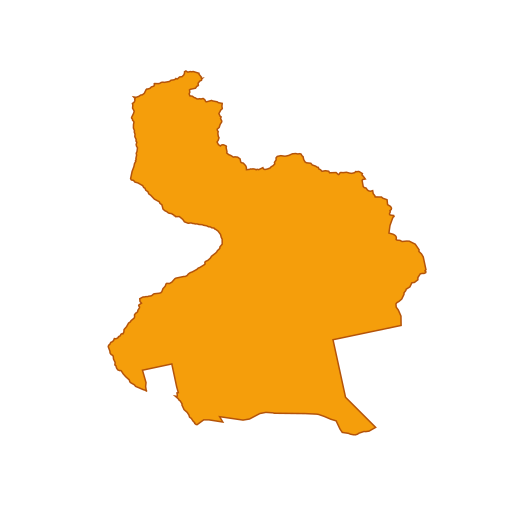 Las Heras, Mendoza, Argentina (Equal Earth projection), rotated 78°
{"feature_id": "61730980B92952848138392", "entity_name": "Las Heras", "entity_type": "district", "adm_level": 2, "iso_a3": "ARG", "parent_name": "Argentina", "parent_adm1": "Mendoza", "projection": "equal_earth", "projection_center": [-69.707, -32.525], "detail": "fine", "context": "isolated", "style": "filled", "palette": "amber", "viewbox_px": 512, "rotation_deg": 78, "n_neighbors": 0, "source": "geoboundaries", "source_scale": "gbopen_adm2", "svg_char_len": 6068}
<svg xmlns="http://www.w3.org/2000/svg" viewBox="0 0 512 512"><g transform="rotate(78 256 256)"><path d="M407.0,350.8L408.5,349.5L408.7,348.6L405.4,341.2L406.5,336.1L411.5,323.0L405.6,325.0L413.8,302.8L414.1,296.3L410.9,285.0L411.0,278.9L412.9,272.1L413.6,270.8L420.4,240.5L423.3,229.5L424.0,227.7L427.1,222.6L431.2,216.8L433.9,211.9L442.8,209.8L446.5,208.3L448.7,202.4L449.9,200.7L451.1,197.9L451.6,195.9L451.4,193.8L450.7,192.1L450.1,186.9L450.6,185.2L450.8,181.8L448.5,174.6L412.8,197.8L353.9,198.1L354.1,128.5L344.9,126.7L338.5,128.0L335.2,129.5L332.0,129.1L330.9,127.9L330.2,125.7L328.4,122.4L324.4,119.3L322.7,118.8L321.0,116.7L319.7,116.0L318.2,111.9L314.6,109.1L314.8,106.5L312.9,102.6L310.8,102.2L307.6,99.0L307.6,97.1L308.0,95.3L307.6,93.5L306.8,93.1L306.0,93.7L305.4,93.7L304.8,92.6L291.7,92.6L288.4,93.7L285.4,95.7L283.8,95.2L277.5,97.8L273.3,103.1L272.7,105.8L272.2,110.1L270.6,112.0L269.9,114.6L269.0,115.5L267.4,114.9L265.9,115.0L264.4,116.0L263.2,117.4L261.2,121.2L254.0,118.6L247.7,114.7L246.4,113.7L246.1,112.8L245.0,112.9L244.0,115.8L243.3,116.7L242.3,116.6L240.8,115.5L239.4,115.5L238.7,114.1L237.4,113.5L235.5,114.1L233.1,116.6L228.2,116.1L225.8,120.0L224.4,121.0L223.0,127.2L221.8,127.2L219.4,128.4L216.3,128.3L216.5,130.5L215.9,131.9L214.8,133.2L212.3,134.3L211.7,135.8L210.3,136.7L204.1,136.5L203.4,135.9L203.4,133.1L200.1,134.6L199.1,135.4L198.0,135.2L197.5,134.8L195.0,137.4L194.6,138.1L194.5,140.1L194.1,140.8L195.0,142.3L195.1,145.1L194.5,147.0L192.9,150.1L192.6,153.4L191.9,155.8L192.2,156.7L193.4,157.8L193.5,158.5L191.0,160.3L189.9,166.7L188.2,167.3L187.0,170.4L186.9,173.8L185.0,175.0L183.8,176.5L182.3,176.6L182.0,177.5L180.5,179.0L178.6,182.1L176.7,183.1L175.3,187.3L174.1,188.5L171.6,189.3L168.6,189.3L167.5,190.2L165.7,190.7L165.0,191.9L164.9,193.9L164.0,195.9L163.6,199.2L164.4,202.9L164.5,205.7L164.4,207.0L163.0,210.9L163.0,214.5L164.2,216.0L166.1,216.3L168.3,218.5L169.8,218.5L171.2,220.5L171.9,222.7L172.8,223.8L173.3,226.8L173.3,228.9L173.0,229.9L172.1,230.7L171.0,230.9L172.1,235.4L171.4,236.9L171.7,237.9L170.8,239.0L170.1,240.9L170.1,242.0L169.7,243.2L169.9,244.4L169.6,247.4L167.1,247.0L165.4,247.4L162.5,249.1L161.7,250.9L160.9,251.4L157.7,251.4L155.5,253.4L154.6,256.0L154.6,257.5L152.3,259.9L151.2,261.6L149.1,263.2L147.9,262.7L143.8,262.7L142.8,262.2L142.2,262.3L140.5,264.6L140.2,265.9L140.4,267.0L141.0,268.0L139.2,269.6L136.4,270.4L134.9,268.9L132.7,267.6L131.1,268.0L129.0,267.9L127.6,267.7L126.6,267.1L125.0,267.7L123.9,267.6L122.6,265.3L119.8,263.7L117.8,261.7L116.9,261.4L114.2,262.1L112.7,261.2L111.9,262.0L109.0,262.7L105.7,259.9L105.3,258.9L104.7,258.3L102.4,258.2L99.7,257.3L98.2,260.9L97.1,261.9L95.2,266.4L94.6,267.1L94.9,272.4L94.6,273.0L92.3,273.7L90.9,275.0L91.0,277.2L90.4,278.4L90.4,279.9L90.0,281.2L88.7,282.5L88.1,283.6L86.5,285.0L85.6,287.4L83.5,287.7L82.1,286.7L79.6,286.5L79.3,285.6L79.3,280.3L77.7,278.6L77.5,277.5L76.9,276.8L75.5,276.9L74.6,276.4L73.1,274.4L72.8,272.8L71.4,272.1L71.1,271.6L71.1,272.4L70.1,272.6L69.6,272.3L66.5,273.9L65.4,273.8L62.5,279.0L62.4,280.8L61.9,282.0L62.0,284.5L60.4,286.1L60.9,287.6L62.2,287.9L63.8,288.9L65.2,291.0L65.0,293.6L66.4,295.9L66.4,296.4L65.7,297.5L66.2,297.9L66.6,299.6L66.4,302.6L67.3,304.4L67.1,309.7L66.6,310.9L66.5,312.6L67.1,314.1L67.1,315.6L66.2,319.5L66.4,319.8L67.5,319.8L68.6,320.6L68.9,323.3L69.9,324.7L70.2,327.3L69.9,327.9L70.4,328.9L73.7,331.5L74.7,333.7L74.6,335.3L75.5,337.5L75.8,339.9L75.7,340.8L75.0,342.6L77.0,341.5L77.6,342.1L78.8,342.1L80.4,343.4L81.1,345.2L82.7,345.1L85.7,346.0L89.0,345.0L91.0,346.1L94.6,348.9L95.4,349.0L96.3,348.4L97.6,348.5L98.8,347.7L99.8,347.6L101.9,348.5L105.3,349.3L108.2,348.8L109.4,349.3L111.7,349.0L114.1,349.7L117.1,349.0L118.6,349.5L119.9,348.9L122.2,350.1L124.0,350.0L125.4,349.4L129.1,350.7L130.6,351.8L132.5,351.8L135.6,353.2L136.5,353.1L137.7,354.1L138.4,353.9L140.3,355.6L143.1,356.8L147.5,359.6L154.3,362.6L155.7,362.1L156.6,360.1L158.5,359.1L159.9,356.4L163.6,352.2L165.7,351.6L166.6,350.5L168.6,350.2L170.8,348.3L172.9,348.0L174.6,346.4L179.2,343.6L182.9,339.3L184.5,339.0L186.4,337.4L190.8,337.2L192.7,335.8L194.1,334.0L195.5,332.9L196.1,332.1L197.1,329.5L197.9,329.1L198.5,328.0L199.6,327.6L200.1,326.7L200.8,326.5L201.5,322.8L205.0,320.0L207.7,318.9L209.9,315.5L210.1,312.6L211.0,311.2L211.5,309.5L212.0,308.9L212.3,307.0L213.3,305.3L214.2,302.0L215.0,301.0L216.2,298.0L217.5,296.4L218.1,294.4L219.1,293.6L220.0,291.2L221.0,290.8L221.3,290.1L223.8,287.9L227.6,286.2L230.6,286.1L232.5,285.6L237.4,286.6L239.5,289.3L241.1,289.9L242.8,292.7L243.7,293.4L244.7,294.8L247.0,299.6L248.6,301.1L250.2,303.9L250.9,306.7L251.5,307.3L253.2,307.5L253.9,308.7L255.6,313.5L255.8,315.0L256.8,316.6L258.3,321.6L258.6,323.8L259.5,325.9L260.8,327.5L261.1,328.6L261.3,329.6L261.0,330.9L261.0,338.9L261.3,340.0L264.1,343.8L264.5,345.1L264.9,346.3L264.2,349.0L264.6,349.8L266.7,351.1L268.6,353.8L271.3,355.5L272.2,356.8L272.3,358.4L271.8,363.2L271.9,364.1L273.0,366.1L273.2,367.1L273.0,369.2L273.2,370.4L272.8,372.3L272.9,373.2L272.6,375.1L273.6,378.6L276.4,378.9L278.3,377.8L279.6,380.8L280.3,381.1L281.5,380.5L282.5,380.8L284.5,382.8L285.8,383.3L286.7,384.6L286.9,385.6L288.3,387.1L290.3,387.4L291.3,388.0L293.3,391.7L294.3,392.6L295.1,394.6L298.3,397.4L300.4,400.3L303.0,401.1L304.5,402.4L304.1,403.1L304.5,404.4L305.9,405.5L306.3,407.3L307.0,407.5L307.6,408.9L307.8,410.5L307.3,411.7L309.2,413.0L310.2,415.1L310.3,416.0L312.2,417.6L312.3,418.2L313.3,419.1L314.0,419.4L318.7,418.7L320.5,418.9L322.2,418.2L323.4,416.9L324.4,416.5L327.1,416.8L330.9,415.9L333.2,416.7L334.1,415.9L336.6,415.7L338.6,414.9L339.8,413.1L339.9,412.1L340.5,411.6L343.7,410.4L346.9,408.6L350.9,405.7L352.6,405.6L353.6,405.2L356.8,401.7L358.5,400.9L363.4,393.9L364.4,392.0L365.8,391.0L364.2,391.3L360.7,391.1L357.0,389.9L344.1,390.8L344.1,360.8L367.4,360.8L373.5,360.4L373.5,361.8L376.0,361.9L377.0,362.4L376.3,364.1L379.4,361.8L381.2,361.1L381.7,360.4L385.2,359.1L386.4,359.4L391.3,358.3L394.7,355.8L397.6,354.7L399.8,354.5L401.5,353.0L404.4,351.9L406.4,350.6L407.0,350.8Z" fill="#f59e0b" stroke="#b45309" stroke-width="1.5"/></g></svg>